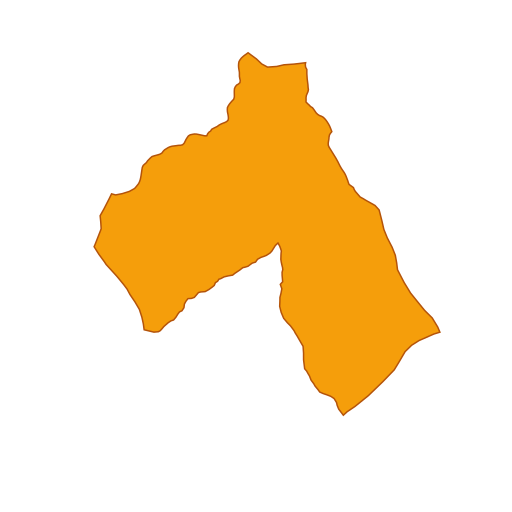 the district of Gozhi, Daga, Bhutan, rotated 331°
{"feature_id": "84629894B53635199358843", "entity_name": "Gozhi", "entity_type": "district", "adm_level": 2, "iso_a3": "BTN", "parent_name": "Bhutan", "parent_adm1": "Daga", "projection": "mercator", "projection_center": [89.936, 26.937], "detail": "fine", "context": "isolated", "style": "filled", "palette": "amber", "viewbox_px": 512, "rotation_deg": 331, "n_neighbors": 0, "source": "geoboundaries", "source_scale": "gbopen_adm2", "svg_char_len": 4131}
<svg xmlns="http://www.w3.org/2000/svg" viewBox="0 0 512 512"><g transform="rotate(331 256 256)"><path d="M255.2,437.6L260.2,436.4L269.5,435.6L286.6,432.6L306.0,427.4L321.7,422.6L329.6,418.1L340.1,411.9L348.9,409.5L357.7,409.0L373.9,410.5L379.9,411.8L380.5,406.3L380.1,395.6L377.5,386.7L377.0,384.8L376.2,380.3L375.2,374.7L373.2,363.2L373.1,360.3L372.7,351.1L373.1,336.6L375.7,330.2L378.2,322.9L379.3,314.4L379.6,303.8L380.7,294.8L383.2,286.1L383.8,283.8L385.1,278.9L386.0,275.4L384.6,269.5L379.0,260.4L377.6,257.9L375.7,254.9L374.2,247.7L374.1,245.5L374.4,243.4L372.1,238.5L372.4,236.4L372.8,234.4L373.1,232.3L373.4,230.2L373.6,228.1L373.6,226.0L373.4,223.8L373.2,221.7L373.1,219.6L373.1,217.5L373.2,215.4L373.3,213.3L373.3,211.2L373.3,209.1L373.2,206.9L373.1,204.8L373.0,202.7L372.9,200.6L372.8,198.5L372.7,196.4L372.9,194.3L373.8,192.4L375.1,190.7L376.4,189.1L377.6,187.3L379.0,185.7L380.8,184.7L382.6,184.0L382.9,181.9L383.2,179.8L383.4,177.7L383.4,175.6L383.3,173.5L383.1,171.4L382.7,169.3L382.1,167.3L381.0,165.5L379.6,163.9L378.6,162.0L378.0,160.0L377.8,157.9L377.6,155.8L377.3,153.7L376.2,151.8L375.7,149.8L375.0,147.8L374.4,145.5L375.5,143.7L376.5,141.8L377.8,140.1L379.4,138.8L381.1,137.5L382.5,135.9L383.3,133.8L384.4,131.5L386.6,126.0L388.8,121.3L390.9,117.5L390.9,115.0L391.9,112.5L393.1,111.0L387.4,108.7L382.1,106.5L373.1,102.3L366.1,100.3L357.7,96.4L354.1,90.8L351.9,83.8L347.6,74.4L345.3,74.7L343.2,74.9L341.1,75.3L339.1,75.8L337.1,76.7L335.3,77.8L334.0,79.4L332.9,81.2L332.0,83.1L331.3,85.1L330.6,87.1L329.6,89.0L328.6,90.8L327.9,92.8L327.3,94.9L326.0,96.6L324.0,97.1L321.9,97.1L320.0,97.9L318.3,99.2L317.1,101.0L316.1,102.8L315.1,104.7L314.1,106.5L312.5,108.1L310.5,108.7L308.5,109.4L306.5,110.2L304.6,111.2L302.9,112.4L301.8,114.2L300.9,116.1L300.3,118.1L299.6,120.1L298.7,122.1L297.4,123.7L295.4,124.2L293.3,124.1L291.2,123.8L289.1,123.6L287.0,123.6L284.9,123.9L282.8,123.8L280.7,123.7L278.6,123.7L276.9,124.7L274.8,124.9L272.9,125.7L271.2,127.0L269.5,126.1L267.9,124.7L266.3,123.3L264.7,121.9L263.0,120.5L261.2,119.4L259.2,118.7L257.2,118.1L255.1,118.2L253.2,119.1L251.2,120.2L249.5,121.4L247.7,122.6L245.7,123.1L243.7,122.6L241.8,121.6L239.9,120.9L237.9,120.1L235.9,119.3L233.9,118.8L231.8,118.6L229.7,118.7L227.6,118.8L225.6,119.4L223.7,120.3L221.5,120.4L219.5,120.0L217.4,119.5L215.4,119.0L213.3,118.6L211.3,119.0L209.3,119.6L207.3,120.2L205.4,121.2L203.4,121.6L201.3,122.1L199.6,123.3L198.3,124.9L197.0,126.6L195.7,128.3L194.4,130.0L193.1,131.6L191.7,133.2L190.1,134.6L188.4,135.8L186.5,136.6L184.5,137.4L182.5,138.1L176.5,138.1L169.2,136.6L162.8,134.5L159.8,131.6L155.4,134.7L145.7,141.2L139.2,145.2L136.7,151.0L133.8,157.1L132.2,158.5L128.7,161.4L120.6,168.1L118.9,169.4L119.0,171.2L119.4,178.3L120.6,187.7L120.8,190.7L123.2,200.8L124.4,205.9L124.8,207.9L126.4,216.7L127.2,222.4L127.1,228.6L127.9,237.6L128.1,246.2L126.5,254.3L124.6,260.6L122.4,266.3L129.8,273.1L133.9,274.9L135.9,274.9L137.9,274.3L141.3,273.0L146.7,271.8L150.1,271.5L152.9,272.0L156.3,270.7L159.3,269.0L162.0,267.8L164.7,268.0L167.9,266.3L170.1,263.3L172.8,261.6L175.8,260.3L179.0,261.8L182.0,262.3L184.2,261.5L187.9,260.1L190.1,260.6L194.3,262.5L198.5,262.5L202.5,262.0L205.2,261.5L207.6,259.6L210.1,259.5L212.3,258.3L214.0,258.7L218.0,258.8L222.0,259.9L226.3,261.4L229.1,260.9L235.1,260.4L238.8,259.8L240.8,260.4L244.1,261.1L246.8,260.7L249.3,260.4L252.6,261.1L255.8,259.6L257.8,259.6L259.6,259.6L263.0,260.2L265.4,260.5L269.7,260.2L272.2,259.4L274.2,258.3L278.0,256.2L281.5,255.3L281.5,258.8L281.1,261.5L280.6,263.9L279.3,265.7L278.3,267.3L276.1,271.0L275.2,273.4L274.4,276.0L273.6,279.0L272.8,280.9L270.9,282.9L269.4,285.7L267.9,289.1L266.8,291.5L265.2,292.0L263.5,292.6L262.7,297.2L259.8,300.7L256.9,303.8L255.0,307.1L252.3,311.5L250.7,317.5L250.0,323.9L251.1,329.6L252.3,333.8L253.1,339.8L253.0,342.4L253.2,345.8L253.3,353.2L253.4,357.8L250.5,364.0L247.3,369.8L243.9,378.2L244.5,381.1L244.5,384.4L244.6,386.8L244.0,391.2L244.6,395.7L244.6,398.4L245.4,402.6L245.8,405.9L247.9,408.7L250.8,411.9L253.3,414.9L255.2,418.5L255.4,423.2L254.6,425.9L254.1,430.0L255.2,437.6Z" fill="#f59e0b" stroke="#b45309" stroke-width="1.5"/></g></svg>